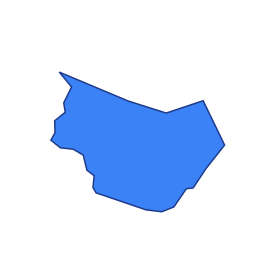 SVG path tracing the border of Rochdale, rotated 221°
{"feature_id": "GBR-5680", "entity_name": "Rochdale", "entity_type": "Metropolitan Borough", "adm_level": 1, "iso_a3": "GBR", "parent_name": "United Kingdom", "parent_adm1": "", "projection": "equal_earth", "projection_center": [-2.125, 53.611], "detail": "fine", "context": "isolated", "style": "filled", "palette": "blue", "viewbox_px": 256, "rotation_deg": 221, "n_neighbors": 0, "source": "natural_earth", "source_scale": "10m", "svg_char_len": 449}
<svg xmlns="http://www.w3.org/2000/svg" viewBox="0 0 256 256"><g transform="rotate(221 128 128)"><path d="M216.5,125.1L145.8,148.4L109.0,164.3L89.2,197.9L43.9,178.5L42.5,148.4L39.5,125.5L44.1,120.5L41.6,98.5L47.6,86.9L60.8,78.0L109.5,58.1L115.4,60.1L122.3,69.8L131.3,69.2L144.0,78.2L155.5,76.0L166.0,68.7L178.2,68.2L180.0,76.6L188.1,85.3L185.7,98.7L193.0,104.8L197.5,121.9L216.5,125.1Z" fill="#3b82f6" stroke="#1e3a8a" stroke-width="1.5"/></g></svg>